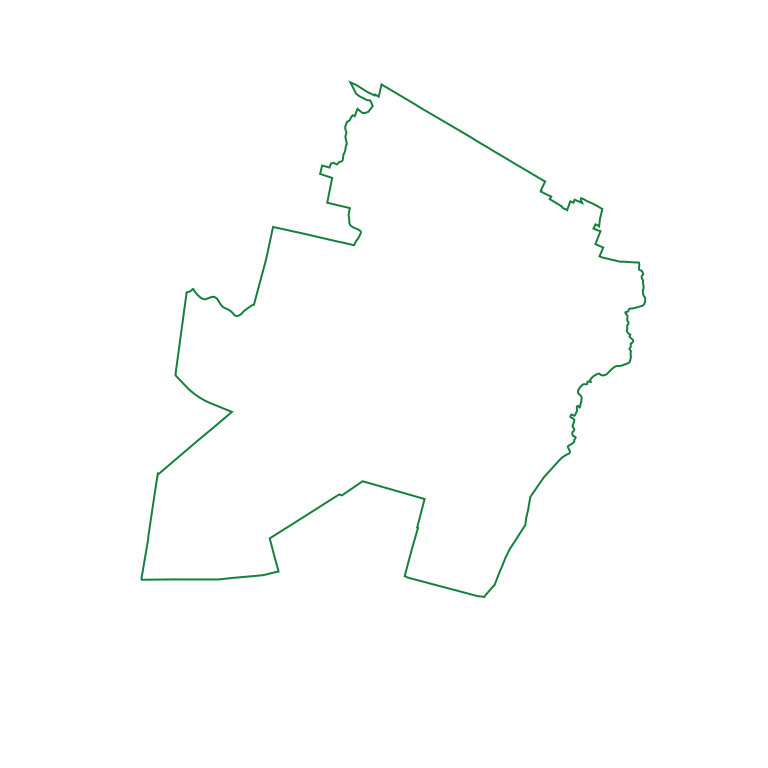 Mihai Bravu, Giurgiu, Romania (Mercator projection), rotated 113°
{"feature_id": "2599482B97305638724228", "entity_name": "Mihai Bravu", "entity_type": "district", "adm_level": 2, "iso_a3": "ROU", "parent_name": "Romania", "parent_adm1": "Giurgiu", "projection": "mercator", "projection_center": [26.044, 44.127], "detail": "fine", "context": "isolated", "style": "outline", "palette": "green", "viewbox_px": 768, "rotation_deg": 113, "n_neighbors": 0, "source": "geoboundaries", "source_scale": "gbopen_adm2", "svg_char_len": 6142}
<svg xmlns="http://www.w3.org/2000/svg" viewBox="0 0 768 768"><g transform="rotate(113 384 384)"><path d="M620.4,540.1L658.0,531.2L658.8,530.4L646.9,503.2L638.1,482.4L628.8,460.4L621.2,446.7L614.0,433.2L607.8,421.6L606.7,420.0L605.1,417.6L602.0,413.7L597.8,407.8L585.6,417.4L570.8,428.9L539.7,407.3L514.4,389.9L503.1,382.0L503.1,379.3L481.9,365.7L474.0,301.7L503.1,297.4L503.1,296.5L526.0,293.7L552.8,289.9L552.7,288.9L552.9,287.0L552.7,284.8L543.4,220.0L542.9,216.4L542.4,213.9L541.4,210.8L540.9,208.5L540.7,208.4L538.2,207.9L529.2,205.0L525.9,203.7L509.5,204.2L506.2,204.0L504.9,204.1L496.3,204.3L485.2,203.6L484.6,203.3L481.8,202.8L477.1,202.0L458.2,198.8L454.3,200.1L452.9,200.5L442.9,202.3L430.9,205.2L407.4,200.4L385.1,192.6L384.3,192.2L382.4,191.5L381.2,190.7L377.8,188.5L375.6,186.3L374.6,186.2L373.7,186.4L373.2,186.6L370.3,190.1L369.8,190.3L369.6,190.4L369.1,190.1L368.1,189.5L365.5,187.5L363.0,186.4L362.6,186.4L362.0,186.7L361.3,187.0L360.7,187.0L359.5,186.7L358.7,186.7L358.2,186.8L357.9,187.2L357.9,189.7L357.7,190.1L356.5,191.0L355.6,191.5L354.9,191.7L354.4,191.6L353.5,191.3L352.2,190.9L351.7,191.0L351.0,191.4L350.5,192.1L350.2,192.9L349.9,193.4L349.3,193.8L348.8,194.0L347.6,194.2L345.3,194.2L343.8,194.5L342.7,194.8L342.0,196.1L341.8,197.0L341.7,198.7L341.6,199.3L341.2,199.8L340.1,199.8L339.5,199.7L339.1,199.5L338.8,199.2L338.8,198.9L338.8,198.1L339.0,197.1L338.9,196.4L338.3,196.1L337.7,196.0L334.9,195.9L333.3,195.9L332.6,196.0L331.5,196.8L330.1,197.4L329.6,197.5L328.8,197.4L328.4,197.1L328.3,196.7L328.4,196.4L328.8,195.6L329.3,194.9L328.8,194.6L328.1,194.6L326.7,195.0L322.4,195.7L319.6,196.6L318.9,197.1L318.3,197.7L317.7,198.7L317.3,199.7L317.2,200.5L316.8,201.3L316.3,201.9L315.4,202.4L314.4,202.7L313.2,202.7L310.7,202.3L309.4,201.9L307.5,201.1L306.6,200.6L306.1,200.0L305.5,198.3L305.1,197.4L304.8,197.0L302.7,197.6L301.8,196.9L301.6,195.4L301.2,194.5L299.7,195.9L297.6,195.3L296.1,194.8L294.8,194.1L292.3,192.2L291.2,191.4L290.5,190.3L290.4,189.5L290.7,188.8L290.9,188.1L290.9,187.1L290.7,186.2L290.2,185.2L289.5,184.2L287.9,182.8L281.9,180.4L280.9,180.0L278.4,178.6L277.5,177.9L276.2,176.3L275.3,174.0L274.1,172.3L270.7,168.7L268.9,167.0L268.1,166.6L267.4,166.5L266.9,166.5L264.9,166.8L262.1,167.5L260.6,168.5L259.8,168.8L258.7,169.2L257.6,169.4L257.0,169.8L256.8,170.2L256.5,170.9L256.3,171.4L255.7,171.8L255.3,171.8L254.1,171.5L253.5,171.4L252.9,171.5L252.4,171.7L251.2,172.4L250.7,172.6L250.3,172.5L249.8,172.4L248.8,171.5L248.4,171.3L247.5,171.3L246.7,171.6L246.2,172.1L245.9,172.6L244.9,175.6L244.5,176.3L244.3,176.5L242.4,176.5L242.2,178.1L242.0,178.7L241.0,180.3L240.3,181.1L239.9,181.4L238.3,181.6L235.6,182.8L234.9,183.0L233.5,182.6L232.8,182.6L232.0,182.9L231.4,183.5L231.0,184.1L230.6,184.8L230.1,185.3L229.5,185.5L228.8,185.5L228.0,185.8L227.0,186.1L226.2,186.5L225.7,187.0L225.3,187.7L224.6,189.3L224.0,189.7L223.6,189.8L222.5,188.3L222.1,187.9L221.7,187.7L219.2,187.6L218.6,187.2L218.2,186.5L217.5,185.0L216.2,183.1L213.4,179.5L211.8,177.8L211.1,176.8L210.5,176.3L209.9,176.0L208.0,175.7L207.0,175.7L206.2,175.9L203.4,176.8L202.7,177.2L202.4,177.5L202.1,178.0L201.9,178.5L201.4,179.3L201.2,179.7L200.2,180.5L198.6,181.4L196.8,182.3L196.1,182.4L194.7,182.4L193.8,182.7L192.7,183.2L192.1,183.5L190.1,185.0L189.2,185.4L188.5,185.5L187.6,185.8L187.2,186.3L186.6,187.3L185.5,188.3L185.0,188.6L184.4,188.8L183.9,188.9L183.4,188.9L181.9,188.2L181.6,188.3L180.8,189.1L179.8,189.8L179.5,190.7L179.0,191.4L179.2,192.3L179.2,193.5L178.9,193.8L178.6,194.1L176.8,194.8L174.2,195.7L172.6,196.8L174.5,201.7L178.3,212.8L178.9,213.1L182.2,232.2L182.3,235.5L172.7,235.5L172.7,238.3L172.6,244.1L171.0,244.1L160.3,244.4L158.7,244.5L158.9,245.9L159.0,246.7L159.1,251.9L154.4,251.7L154.5,249.0L154.8,247.6L147.6,249.7L137.6,251.4L137.6,251.9L136.9,256.4L136.4,262.5L136.3,268.6L136.2,270.2L135.9,271.5L135.9,275.1L137.6,274.8L139.9,272.3L139.9,280.5L143.1,280.5L143.1,283.9L150.2,283.5L152.4,283.3L152.0,284.7L152.3,286.2L152.4,287.3L151.0,290.1L149.1,303.6L146.1,303.3L146.0,308.3L145.6,314.4L144.9,314.4L144.9,315.2L134.7,314.8L129.8,351.8L129.3,355.1L126.6,375.6L126.0,379.0L124.1,393.4L123.9,395.1L123.7,395.7L123.2,398.7L119.3,428.5L115.5,458.0L114.1,467.1L109.5,501.4L109.2,503.3L121.6,501.1L121.0,505.3L122.1,505.3L121.7,513.6L119.6,526.2L119.5,532.8L127.6,523.2L128.7,519.4L129.3,510.7L128.4,507.3L132.6,502.9L139.6,504.8L141.8,507.2L142.9,509.8L141.1,515.9L148.9,515.6L148.9,517.8L150.4,518.3L154.9,518.7L157.2,520.5L161.9,520.3L164.4,519.3L167.0,516.9L171.0,516.3L172.1,515.8L177.6,512.0L179.8,512.1L184.8,510.8L188.8,510.9L193.9,509.5L195.7,509.9L197.0,511.8L200.3,513.2L200.1,516.9L202.0,519.0L206.0,518.7L207.1,526.3L215.6,524.9L214.6,512.2L239.3,507.1L236.6,490.9L236.3,489.2L235.4,484.2L235.6,484.0L238.5,483.6L240.6,483.1L242.9,482.3L243.8,481.7L244.3,481.3L245.1,480.8L248.4,479.2L248.9,478.9L249.5,478.7L250.0,478.2L250.8,477.3L251.4,476.0L251.7,474.8L251.9,473.1L251.9,470.3L251.9,467.9L252.2,466.3L252.6,465.2L253.0,464.7L253.8,464.4L254.9,464.3L258.2,464.5L260.2,464.8L264.0,465.6L268.0,465.8L269.8,476.4L271.5,485.0L271.6,486.0L271.9,487.4L274.5,502.4L275.0,505.3L276.1,511.8L282.8,547.5L313.3,541.6L318.3,540.8L361.9,534.7L362.3,535.3L362.8,535.9L363.2,536.3L364.6,537.2L366.9,538.7L371.1,541.2L375.4,542.8L376.9,543.7L377.5,544.2L378.1,544.8L379.0,546.3L379.1,546.7L379.2,547.7L379.1,548.4L378.0,550.5L377.4,552.0L376.9,553.5L376.6,555.2L376.3,557.4L376.3,558.9L376.2,561.7L376.0,562.4L375.6,563.4L374.9,564.9L373.7,566.8L373.0,567.6L372.4,568.6L371.7,569.5L371.1,570.7L370.5,571.5L370.3,572.6L370.2,573.7L370.3,574.9L370.4,575.3L371.6,577.1L375.0,580.6L375.8,581.5L376.2,582.5L376.4,584.4L376.4,585.4L376.4,586.0L376.3,586.4L376.1,586.9L375.8,587.6L375.0,590.2L374.7,590.7L374.2,591.6L372.7,594.6L372.2,595.3L371.2,596.6L371.2,596.8L371.2,597.0L371.5,597.2L373.1,597.8L374.6,598.8L375.3,599.5L375.7,600.1L376.1,600.5L376.4,601.1L376.7,601.5L453.3,580.6L457.5,579.3L465.1,561.7L467.3,554.4L468.4,548.9L469.0,544.8L469.4,540.4L469.4,533.3L469.1,513.1L491.8,524.5L508.6,533.2L554.9,556.3L554.8,557.2L573.6,552.5L614.8,541.8L620.4,540.1Z" fill="none" stroke="#15803d" stroke-width="2"/></g></svg>